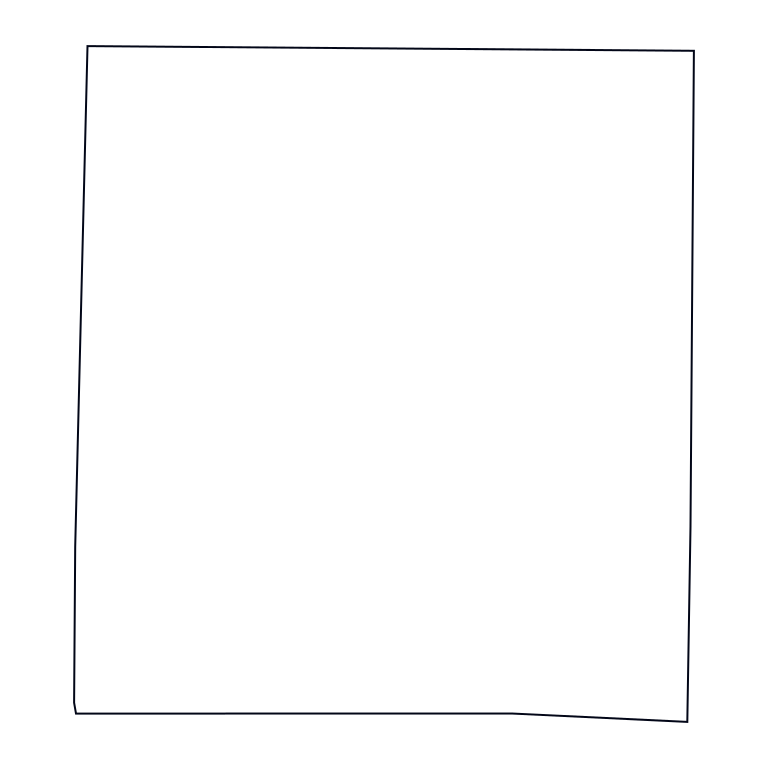 Gentry, Missouri, United States of America (Robinson projection)
{"feature_id": "52423323B22410363869477", "entity_name": "Gentry", "entity_type": "district", "adm_level": 2, "iso_a3": "USA", "parent_name": "United States of America", "parent_adm1": "Missouri", "projection": "robinson", "projection_center": [-94.401, 40.211], "detail": "fine", "context": "isolated", "style": "outline", "palette": "ink", "viewbox_px": 768, "rotation_deg": 0, "n_neighbors": 0, "source": "geoboundaries", "source_scale": "gbopen_adm2", "svg_char_len": 229}
<svg xmlns="http://www.w3.org/2000/svg" viewBox="0 0 768 768"><path d="M690.5,526.5L693.9,50.8L87.5,46.1L75.2,546.7L74.1,702.7L76.0,713.6L511.5,713.5L687.3,721.9L690.5,526.5Z" fill="none" stroke="#020617" stroke-width="2"/></svg>